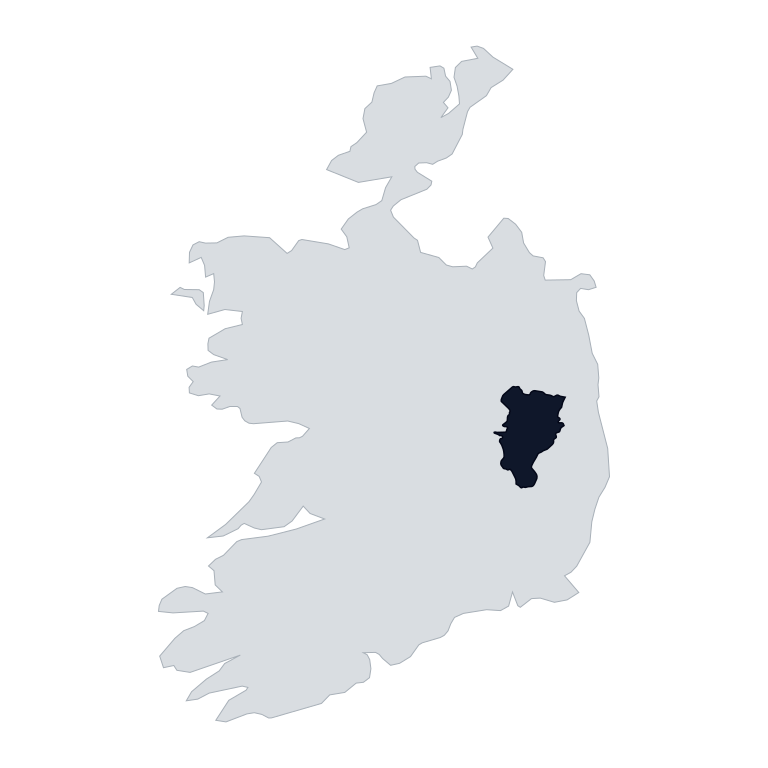 Kildare on a map of Ireland (Mercator projection)
{"feature_id": "IRL-721", "entity_name": "Kildare", "entity_type": "County", "adm_level": 1, "iso_a3": "IRL", "parent_name": "Ireland", "parent_adm1": "", "projection": "mercator", "projection_center": [-6.829, 53.156], "detail": "fine", "context": "in_parent", "style": "filled", "palette": "ink", "viewbox_px": 768, "rotation_deg": 0, "n_neighbors": 0, "source": "natural_earth", "source_scale": "10m", "svg_char_len": 6515}
<svg xmlns="http://www.w3.org/2000/svg" viewBox="0 0 768 768"><path d="M486.4,95.7L470.0,107.3L467.5,111.7L462.9,129.4L462.3,134.4L452.1,154.0L446.3,158.0L437.6,161.2L432.7,164.3L426.6,162.7L418.7,163.0L414.8,166.5L415.0,169.2L417.4,172.3L431.8,181.2L431.0,185.0L426.9,189.2L401.0,199.7L393.3,206.0L390.6,210.2L393.4,217.1L414.0,238.0L417.5,240.3L420.6,252.4L438.8,257.5L446.3,265.0L452.7,266.8L466.6,266.2L472.3,269.0L475.4,266.9L477.3,262.9L492.9,248.1L488.0,237.1L503.8,218.2L508.2,218.5L515.6,224.2L521.7,232.3L523.6,243.0L529.4,252.6L533.1,255.9L543.1,257.8L545.5,261.6L543.7,275.5L545.2,280.1L570.7,279.7L581.0,273.7L589.8,274.8L594.2,281.0L596.1,287.3L588.5,289.7L580.6,288.4L576.7,292.6L576.4,300.7L579.1,311.1L584.4,318.4L588.7,335.0L592.2,353.3L597.7,364.3L598.8,378.0L598.0,384.7L599.0,396.8L596.7,401.0L598.4,412.3L607.7,448.5L609.5,476.7L605.0,487.3L598.9,497.2L594.9,509.1L591.8,521.8L589.9,542.3L576.7,566.2L571.0,572.2L564.5,575.8L578.8,592.5L567.1,599.9L554.4,602.3L540.3,598.1L531.5,598.6L520.3,607.3L517.8,605.7L512.5,592.0L508.6,606.1L500.5,610.6L486.6,609.7L463.4,613.4L454.5,617.4L450.8,623.7L448.0,630.9L444.4,635.2L440.3,637.5L422.3,642.8L418.8,644.9L410.5,656.6L399.6,663.3L390.6,665.3L382.6,658.5L379.3,654.5L375.6,652.4L363.3,652.7L367.2,654.8L369.7,659.6L370.9,668.7L369.5,677.7L363.4,682.3L356.2,683.1L344.8,692.4L329.7,694.9L321.5,703.4L271.5,717.9L268.7,718.0L261.8,714.4L254.3,712.7L246.9,713.9L226.0,721.9L215.8,720.3L228.8,700.3L246.1,690.2L247.9,687.4L242.2,686.1L209.2,693.1L197.8,699.1L186.3,700.8L191.6,691.7L206.4,679.1L219.2,670.9L224.7,663.5L240.3,655.1L190.1,672.4L176.9,670.3L173.8,665.5L163.5,667.7L159.7,656.1L174.9,638.3L183.7,630.7L194.3,626.6L204.4,620.6L208.1,613.4L203.4,611.1L173.0,612.9L158.5,611.4L159.2,605.6L161.9,599.2L177.0,588.3L185.2,586.5L192.4,587.6L205.3,594.0L222.4,591.9L215.2,584.9L214.0,570.7L208.5,566.0L215.5,559.3L223.5,555.3L236.8,541.6L241.6,539.6L268.0,536.2L296.4,529.0L324.6,519.0L310.1,513.5L303.2,506.1L292.1,521.0L284.1,526.7L261.4,529.7L254.3,528.0L244.2,523.4L241.1,525.2L238.1,528.7L223.2,536.0L207.4,537.8L225.7,524.4L249.0,501.7L254.1,494.5L261.5,482.0L259.2,476.4L254.4,473.3L271.3,447.4L277.2,442.7L288.0,442.0L295.9,437.9L299.4,437.8L302.5,436.3L309.4,428.5L298.7,423.6L287.7,421.0L253.5,423.7L249.0,423.2L244.8,420.8L242.1,417.3L240.0,408.5L237.5,406.5L229.8,406.5L222.2,409.2L216.9,409.0L211.7,405.1L220.0,396.0L209.2,393.9L198.4,395.7L189.4,392.9L189.1,387.3L193.2,381.6L187.8,376.2L186.7,369.4L192.4,366.0L198.7,367.1L211.4,362.1L227.7,359.6L213.7,354.6L208.1,350.4L207.9,343.8L209.0,338.2L225.2,328.7L242.4,324.5L241.1,318.3L242.4,311.5L224.9,309.5L207.7,314.3L209.5,301.3L213.7,289.6L214.5,281.9L213.7,273.6L205.6,277.1L204.6,265.4L201.2,257.4L189.2,262.9L189.5,252.3L193.0,244.9L199.2,241.7L205.4,243.1L216.9,242.9L228.1,237.3L244.1,235.9L269.6,237.7L287.1,253.4L291.6,250.6L298.7,240.6L301.9,239.5L328.4,243.9L344.8,249.6L349.2,247.8L346.8,236.8L341.2,229.1L348.3,219.0L356.9,212.2L362.7,208.8L376.0,204.6L381.8,200.6L385.6,187.6L391.8,176.8L358.4,182.4L326.6,169.6L331.6,160.5L338.4,155.3L349.9,151.3L351.0,146.6L356.9,142.6L366.6,132.2L363.0,118.6L364.9,108.6L371.9,102.1L374.1,92.8L377.2,85.9L391.4,83.4L405.0,77.0L425.9,76.2L431.4,78.8L430.1,67.4L440.0,65.9L443.9,68.2L445.6,76.2L450.0,81.4L451.4,90.3L448.4,97.1L443.4,102.4L448.0,107.8L440.9,117.6L448.6,113.4L459.5,103.9L458.9,96.0L457.1,86.2L454.0,77.3L455.4,67.5L461.6,61.4L477.8,58.3L471.1,47.1L477.1,46.1L483.5,48.4L492.9,57.1L512.9,69.3L503.1,80.1L491.1,87.6L486.4,95.7ZM204.2,305.6L203.7,310.7L196.1,304.3L192.3,297.5L171.3,294.3L180.1,287.4L184.4,289.5L199.2,289.7L203.3,292.6L204.2,305.6Z" fill="#d9dde1" stroke="#a8b0b8" stroke-width="1"/><path d="M536.8,478.6L534.5,483.8L533.4,485.5L532.4,486.2L531.6,486.5L528.2,486.7L525.4,487.4L522.9,487.0L522.3,487.5L521.4,487.8L520.9,487.6L520.5,487.3L520.1,486.9L519.4,486.1L518.5,485.4L516.1,484.0L516.1,482.0L516.1,481.3L515.8,479.3L515.2,477.8L512.0,471.4L510.8,469.9L509.9,469.2L508.7,469.7L507.7,469.9L507.2,469.7L506.8,469.4L505.7,468.9L504.3,468.7L503.7,468.5L503.3,468.1L502.9,467.7L502.7,467.2L502.0,466.3L501.7,465.9L501.3,465.3L501.0,464.6L500.8,463.5L501.0,461.9L501.2,461.1L501.6,460.4L503.4,458.3L503.7,457.8L504.0,457.2L504.1,456.8L504.1,454.6L503.8,451.7L503.3,449.3L501.8,445.2L500.3,442.6L499.7,441.9L499.6,441.4L499.6,440.8L499.9,439.6L500.2,439.1L500.6,438.7L501.1,438.6L501.6,438.6L502.1,438.4L502.4,438.0L502.6,437.4L502.5,436.7L502.0,435.9L501.5,435.6L499.5,435.5L498.5,434.6L494.4,433.1L494.1,432.7L494.2,432.3L494.9,432.1L495.6,432.1L497.0,432.4L505.5,432.2L506.0,431.9L506.3,431.3L506.6,430.5L506.9,429.3L507.3,428.6L507.6,428.0L507.4,427.4L506.7,426.8L505.9,426.6L504.6,426.6L504.0,426.4L503.5,426.2L503.0,425.8L502.7,425.5L502.7,425.0L503.2,424.5L505.9,422.4L506.8,421.6L507.1,421.2L507.3,420.3L507.4,419.1L507.5,417.1L507.8,416.1L508.2,415.4L509.0,414.9L509.2,414.5L509.5,413.8L509.5,412.4L509.9,411.7L510.2,411.2L509.9,410.2L508.8,408.6L501.7,401.8L501.2,401.1L501.3,399.4L502.8,395.7L503.8,394.5L512.4,387.0L513.4,386.6L514.1,386.7L514.8,386.9L515.7,387.0L517.4,386.7L518.4,386.7L519.0,387.0L519.3,387.5L519.5,388.0L519.8,388.6L520.1,389.0L521.4,390.1L521.6,390.3L521.8,390.6L522.0,391.1L522.3,392.3L522.4,392.8L522.6,393.1L522.9,393.4L523.8,394.0L525.3,394.5L528.3,394.9L529.2,394.8L529.9,394.5L530.1,394.1L530.4,393.3L530.6,392.9L531.0,392.4L531.7,391.8L533.2,390.9L534.8,390.7L542.2,391.9L543.3,392.5L544.6,393.6L544.9,394.0L545.6,394.4L546.5,394.7L549.5,395.1L551.0,395.5L553.4,396.7L554.0,396.6L554.7,396.3L556.7,395.2L557.5,395.1L558.2,395.2L558.6,395.5L560.3,396.3L565.2,397.2L563.6,400.4L562.6,402.6L561.6,407.1L561.4,407.6L560.6,408.3L560.1,409.0L558.9,410.8L558.3,412.5L557.7,415.4L557.7,416.6L558.1,417.3L558.5,417.6L559.0,417.8L559.3,418.0L559.7,418.4L560.0,419.0L559.9,419.6L559.5,420.1L559.0,420.6L558.3,421.4L558.2,422.1L558.4,422.6L559.0,422.8L561.8,422.8L562.4,423.0L563.0,423.4L563.3,423.8L564.0,425.6L561.3,427.5L561.0,427.9L560.5,428.7L559.9,430.8L559.5,431.6L559.0,432.0L556.4,432.8L555.9,433.4L555.6,434.0L555.7,434.6L556.1,435.8L556.3,436.5L556.2,437.5L555.7,438.0L554.1,439.1L553.7,439.7L553.5,440.4L553.6,441.2L553.6,441.9L553.4,442.9L553.0,443.6L552.3,444.5L547.6,448.8L547.1,449.2L543.3,450.7L541.4,452.0L538.7,453.2L538.1,453.8L537.7,454.4L536.4,457.1L533.3,462.3L531.7,465.6L531.5,466.4L531.4,467.0L531.5,467.5L531.6,468.1L534.5,471.5L535.8,473.4L536.4,474.3L536.8,475.4L537.0,476.7L536.8,478.6Z" fill="#0f172a" stroke="#020617" stroke-width="1.5"/></svg>